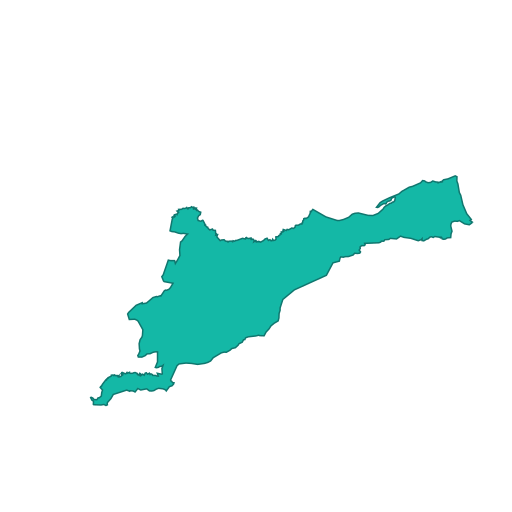 Santa Catalina, Bolívar, Colombia (Natural Earth projection), rotated 61°
{"feature_id": "7082276B95820075707853", "entity_name": "Santa Catalina", "entity_type": "district", "adm_level": 2, "iso_a3": "COL", "parent_name": "Colombia", "parent_adm1": "Bolívar", "projection": "natural_earth1", "projection_center": [-75.268, 10.653], "detail": "fine", "context": "isolated", "style": "filled", "palette": "teal", "viewbox_px": 512, "rotation_deg": 61, "n_neighbors": 0, "source": "geoboundaries", "source_scale": "gbopen_adm2", "svg_char_len": 6112}
<svg xmlns="http://www.w3.org/2000/svg" viewBox="0 0 512 512"><g transform="rotate(61 256 256)"><path d="M307.0,203.8L299.3,192.0L300.9,185.6L298.7,183.7L297.9,182.3L299.5,180.0L299.7,178.5L301.3,175.4L302.2,170.5L301.4,168.4L303.0,166.0L303.8,163.9L303.1,162.6L300.8,162.9L300.0,161.2L298.6,160.7L298.1,158.6L299.4,156.4L299.1,155.1L297.6,154.9L304.0,142.1L304.3,140.2L303.8,139.2L305.0,137.0L304.2,135.5L305.9,131.8L305.7,130.0L309.2,124.8L308.7,120.0L311.5,117.5L315.5,112.1L321.3,106.7L321.8,103.5L321.4,102.4L323.0,103.3L324.1,101.9L324.0,98.6L324.4,97.4L323.8,94.5L324.3,93.1L325.7,92.0L325.6,90.2L328.5,86.4L329.1,86.1L329.1,85.3L329.7,85.6L330.0,84.7L331.3,84.9L332.4,83.7L333.0,82.0L332.9,79.8L334.3,76.8L331.1,74.6L329.4,72.6L324.1,71.1L322.4,69.8L321.3,68.2L321.8,65.3L323.4,62.9L323.6,61.0L329.0,58.0L332.1,54.3L331.7,51.2L331.2,51.0L331.2,50.4L328.6,51.6L328.4,50.0L321.2,51.2L311.5,50.2L302.1,47.5L299.1,47.4L290.9,44.5L287.8,44.0L284.1,41.8L282.5,42.9L281.6,50.8L280.3,54.9L280.7,56.7L281.4,57.0L281.0,58.5L280.6,58.4L280.3,61.2L279.7,61.0L278.2,63.1L276.1,65.0L276.3,67.6L275.3,70.0L273.4,71.6L272.1,72.1L270.8,73.7L271.8,76.6L271.0,85.3L270.1,88.6L270.2,97.1L271.0,100.9L269.8,110.9L269.3,118.8L269.5,121.6L271.8,127.0L272.6,126.0L272.6,124.2L272.1,122.7L272.1,118.7L273.4,117.2L272.2,115.2L272.2,113.6L272.7,112.3L272.6,110.8L271.3,109.6L271.3,106.2L272.2,105.7L274.9,107.8L275.5,109.6L275.0,110.6L275.4,112.0L274.9,113.4L275.3,117.0L275.1,118.1L275.6,120.4L276.5,121.9L278.0,128.4L277.3,134.1L274.8,138.3L268.0,145.6L266.6,148.8L266.1,151.6L267.1,156.1L266.5,161.7L265.4,165.9L264.3,167.8L255.7,175.9L242.8,183.7L243.9,186.4L243.3,186.8L243.7,187.2L244.1,186.8L247.3,191.2L247.5,194.2L246.7,194.7L246.5,196.1L247.7,197.0L248.0,198.1L249.5,199.1L249.5,200.5L249.7,199.8L250.3,200.4L249.5,201.6L249.6,204.0L248.4,206.3L248.6,207.0L249.7,207.8L250.0,209.3L250.0,210.1L248.9,211.0L248.9,214.7L247.8,215.9L248.4,217.1L246.0,219.3L247.0,220.2L247.8,219.8L248.0,221.0L247.2,222.2L248.9,223.1L248.3,223.9L249.2,224.7L249.2,226.1L249.8,227.1L248.9,229.4L251.0,230.3L251.4,231.7L250.9,233.2L249.4,233.3L250.4,234.6L250.0,235.5L248.5,235.9L248.4,237.6L245.8,237.7L245.5,240.0L246.1,241.8L246.1,245.4L245.2,245.8L245.1,246.5L244.5,246.6L244.1,248.6L243.6,249.0L243.3,248.4L242.3,248.7L242.5,250.9L241.8,250.1L240.1,250.2L239.4,251.9L238.9,251.5L238.5,252.2L237.8,251.7L237.2,253.9L236.2,255.1L235.2,255.3L235.1,256.0L235.7,256.2L236.0,257.0L234.0,259.2L233.1,265.2L232.5,266.2L232.7,267.5L231.5,268.7L232.2,269.5L231.1,270.2L230.1,272.2L230.2,273.7L229.8,273.9L229.6,273.4L228.2,275.5L226.3,276.0L225.2,278.6L225.2,279.9L220.6,280.9L219.7,280.5L218.8,279.4L218.3,281.1L217.4,279.9L217.0,280.4L213.9,279.1L212.7,281.0L211.3,281.0L210.8,283.8L208.7,284.5L207.3,284.3L207.0,284.9L205.1,285.4L204.4,285.1L204.1,285.8L203.0,285.2L199.2,285.1L198.8,285.5L198.9,287.4L196.9,289.4L194.4,288.8L192.9,286.5L192.8,284.7L190.9,283.1L189.1,284.6L187.5,284.9L187.4,285.7L186.8,285.5L186.1,286.2L185.4,286.0L185.7,285.3L185.3,284.8L184.6,285.7L184.9,287.0L184.6,287.9L184.2,287.8L183.7,286.6L183.1,286.6L182.5,288.1L181.6,288.6L182.0,289.8L181.2,291.4L181.8,292.7L180.0,293.0L180.2,293.6L179.8,295.6L178.9,296.7L179.1,298.5L177.7,301.1L178.8,301.5L178.4,303.3L180.4,302.7L180.7,304.1L181.6,305.0L180.8,305.5L180.4,307.4L180.6,307.9L182.0,307.5L182.4,308.3L182.3,308.9L181.4,309.4L181.4,310.7L182.8,310.7L183.3,311.5L192.3,319.0L193.9,317.7L195.4,315.5L198.3,312.9L200.1,310.7L201.0,308.5L203.6,305.2L204.5,308.5L206.9,313.3L207.2,315.2L213.4,319.8L218.7,322.3L221.3,326.3L223.5,330.2L220.6,329.4L218.6,333.0L217.1,334.7L227.5,346.3L228.4,348.4L233.0,349.0L233.9,348.7L239.6,341.8L242.2,346.2L242.9,348.3L242.6,350.9L241.9,351.8L242.0,353.1L244.9,358.6L244.4,358.8L243.8,362.2L243.2,362.6L242.4,366.3L244.1,374.6L242.6,378.7L241.7,378.2L241.0,384.7L243.6,394.7L244.5,396.4L250.1,397.6L252.5,392.7L254.3,391.3L255.8,390.7L265.6,390.7L270.5,393.9L271.7,395.2L273.0,397.9L276.0,400.7L280.8,403.0L282.8,403.5L285.0,406.2L285.7,407.6L287.3,407.9L289.1,404.8L289.4,401.2L288.8,398.7L290.1,396.0L290.3,392.7L291.0,390.5L292.1,388.6L300.9,393.5L304.6,398.1L305.5,397.2L306.1,395.2L305.9,393.9L306.7,391.9L306.5,390.3L308.9,392.9L313.7,395.1L313.6,395.9L310.7,399.2L313.7,399.7L312.9,401.0L311.9,401.6L310.3,404.3L309.5,404.1L308.2,405.0L308.3,406.1L306.8,406.0L306.8,408.2L305.0,408.5L304.7,409.6L306.1,411.6L304.4,412.4L304.9,414.9L304.1,414.9L303.4,414.0L302.3,414.5L303.7,416.1L302.1,416.6L303.0,417.0L300.7,417.2L299.4,418.1L298.9,419.2L298.8,420.7L297.8,422.7L297.1,423.3L296.4,423.0L296.2,425.3L295.3,425.3L295.9,426.8L295.7,427.4L292.9,429.5L292.9,430.0L294.0,430.3L293.7,431.1L294.7,431.0L295.0,429.9L295.5,430.4L295.4,431.2L295.9,432.8L295.4,433.6L295.5,434.5L294.9,435.0L294.9,434.3L294.3,433.9L294.6,434.8L293.6,434.8L292.4,437.0L291.4,437.3L291.3,437.7L291.8,437.8L291.6,438.5L290.7,438.9L290.1,440.3L290.9,440.9L290.7,444.5L291.2,444.7L291.1,445.8L291.8,446.7L291.4,446.8L291.6,447.6L293.8,452.6L295.1,454.5L294.8,455.0L295.4,456.0L298.8,455.2L300.6,457.1L303.5,459.2L304.0,461.8L303.5,462.9L304.5,464.7L304.3,465.3L302.9,467.3L301.1,467.6L299.6,468.7L299.7,469.3L302.6,469.4L304.2,468.5L306.9,470.2L307.4,470.0L311.2,463.7L312.1,461.0L314.0,459.7L314.1,458.1L312.9,457.7L312.1,456.9L310.4,452.1L307.9,447.9L310.6,434.1L313.1,432.0L312.8,431.4L314.5,428.9L316.3,427.7L314.6,423.6L317.3,421.8L319.2,416.0L322.3,414.6L323.5,412.7L324.2,410.6L324.1,407.6L324.5,405.3L327.2,401.6L329.3,400.0L330.5,399.9L328.3,395.1L328.8,392.3L328.0,390.1L327.1,389.2L326.3,390.4L324.6,390.5L324.0,391.0L323.0,390.8L313.6,378.2L313.1,375.6L315.7,369.1L318.6,364.6L322.5,359.6L325.0,353.0L325.7,349.8L325.8,346.6L324.2,342.7L323.9,333.3L324.6,330.5L325.8,328.6L325.8,324.4L325.2,322.0L326.2,318.5L325.3,314.8L324.5,313.6L324.7,309.8L323.2,307.5L323.7,306.3L322.5,304.8L322.9,302.0L325.8,295.0L326.6,292.0L327.5,291.3L329.7,287.6L327.4,284.1L326.1,280.0L324.4,276.9L323.6,272.7L323.5,268.1L321.3,266.0L317.5,263.7L315.2,261.3L313.1,260.1L307.0,253.6L304.2,238.8L307.0,203.8Z" fill="#14b8a6" stroke="#0f766e" stroke-width="1.5"/></g></svg>